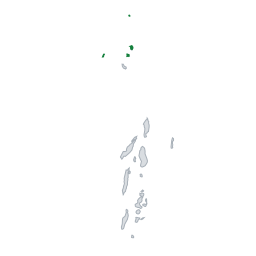 location of Temotu Vatu, Temotu, Solomon Islands, rotated 247°
{"feature_id": "97153195B86794958448560", "entity_name": "Temotu Vatu", "entity_type": "district", "adm_level": 2, "iso_a3": "SLB", "parent_name": "Solomon Islands", "parent_adm1": "Temotu", "projection": "mercator", "projection_center": [166.908, -11.034], "detail": "fine", "context": "in_parent", "style": "filled", "palette": "green", "viewbox_px": 256, "rotation_deg": 247, "n_neighbors": 0, "source": "geoboundaries", "source_scale": "gbopen_adm2", "svg_char_len": 5492}
<svg xmlns="http://www.w3.org/2000/svg" viewBox="0 0 256 256"><g transform="rotate(247 128 128)"><path d="M88.7,124.9L92.1,127.4L93.6,127.2L98.1,127.2L100.8,129.0L102.4,129.9L103.2,131.5L104.3,131.9L105.0,132.7L105.4,134.2L103.7,135.1L102.7,135.3L100.1,134.7L97.6,133.6L92.6,133.4L90.3,133.1L89.5,132.7L88.7,132.1L87.6,130.6L86.6,129.0L86.5,128.0L86.4,126.2L86.7,125.5L87.6,124.8L88.7,124.9ZM104.3,109.7L108.2,114.4L108.0,115.2L107.5,115.8L107.4,117.4L107.8,118.0L108.9,118.2L110.7,119.9L111.5,122.6L112.2,123.6L112.3,125.6L114.0,128.3L114.1,129.6L114.0,130.2L113.3,129.9L111.2,126.8L108.9,125.4L108.6,124.8L106.2,123.0L104.7,120.0L102.9,114.5L103.7,113.2L101.8,110.6L101.9,109.9L103.3,110.0L103.6,109.7L104.3,109.7ZM90.2,112.0L90.7,113.5L88.6,112.2L87.0,110.6L82.4,108.8L81.5,107.9L80.6,107.8L78.3,106.3L76.0,105.3L74.3,103.5L73.4,103.2L72.0,101.8L70.6,100.9L70.1,99.2L68.7,98.0L68.4,97.5L72.7,98.4L74.7,100.3L76.5,101.4L77.1,102.1L78.6,103.2L80.0,103.3L81.4,104.3L82.7,104.6L83.7,105.2L90.1,109.9L89.3,111.1L90.2,112.0ZM119.4,142.6L121.4,143.5L122.6,143.4L124.3,144.0L125.5,143.6L126.3,144.5L128.4,147.7L128.4,148.8L129.7,149.5L128.6,149.7L127.0,149.3L125.8,149.6L124.6,148.9L122.4,148.6L120.6,147.8L116.7,145.4L116.7,144.2L116.0,143.7L115.9,142.2L114.5,141.7L112.8,141.6L112.7,140.9L113.0,139.7L114.2,139.7L115.7,140.2L119.4,142.6ZM53.2,94.1L53.7,94.7L52.5,95.6L50.9,95.1L50.5,94.3L49.4,94.5L47.2,94.0L44.1,91.7L40.8,87.5L37.7,85.1L37.1,84.4L37.0,83.2L37.4,82.7L39.4,83.2L41.9,85.2L46.0,87.2L47.2,88.2L47.9,90.7L48.6,91.4L50.8,93.3L53.2,94.1ZM57.5,108.5L58.5,109.8L59.6,112.7L59.4,113.7L58.6,113.8L58.4,114.4L57.3,113.0L55.8,112.6L54.8,111.7L54.3,109.0L53.5,108.8L51.1,109.1L50.3,110.0L49.2,109.7L49.0,108.9L49.1,108.0L50.6,107.2L50.9,106.2L52.4,104.5L53.3,104.2L54.9,104.8L55.2,107.3L55.8,108.1L57.5,108.5ZM101.6,165.1L100.5,165.7L99.5,165.4L98.7,165.0L98.1,163.7L96.8,163.0L94.9,162.6L93.9,161.8L92.6,161.6L92.2,160.9L92.3,160.3L92.6,159.9L93.8,160.2L99.6,163.5L101.6,165.1ZM40.7,103.5L40.4,103.7L39.9,102.8L39.5,102.6L39.5,101.6L37.9,100.1L37.8,99.0L38.7,98.0L39.9,98.6L41.1,99.9L42.6,100.3L42.3,101.2L41.0,102.8L40.7,103.5ZM48.6,106.0L47.9,106.6L46.2,106.6L44.9,104.9L44.9,103.7L45.9,102.6L47.2,102.4L47.9,102.8L48.5,103.8L48.7,104.9L48.6,106.0ZM62.9,115.5L61.4,116.8L60.3,116.4L59.3,115.3L59.8,113.7L60.7,113.3L61.2,112.7L62.9,113.2L63.3,113.5L62.3,114.3L62.9,114.9L62.9,115.5ZM188.6,148.5L186.1,148.8L185.0,150.0L183.7,149.9L183.3,148.9L183.3,148.5L184.0,148.5L184.4,147.6L185.1,147.2L186.9,146.9L189.1,147.5L188.6,148.3L188.6,148.5ZM116.8,130.5L116.9,132.8L115.7,131.5L115.2,132.0L114.6,131.4L114.8,128.7L113.9,126.1L114.6,126.4L116.8,130.5ZM51.7,116.0L50.8,115.8L48.9,113.6L49.2,112.9L51.0,111.5L51.5,111.4L52.0,112.2L51.6,113.5L51.0,113.8L50.8,115.0L51.7,116.0ZM95.2,120.5L96.5,120.7L98.9,122.8L98.4,123.4L97.3,123.1L96.9,123.2L96.5,122.5L95.3,121.9L94.2,121.8L94.1,121.1L95.2,120.5ZM79.9,122.5L78.0,122.3L77.5,121.7L78.1,120.9L78.9,120.4L79.7,120.9L80.5,121.0L80.6,122.0L79.9,122.5ZM27.4,90.4L25.8,90.8L24.8,90.3L25.3,89.1L25.8,88.5L27.8,89.6L27.4,90.4ZM87.7,112.7L86.9,113.0L85.8,112.4L85.3,111.8L85.6,111.0L86.2,110.7L86.9,111.3L87.0,111.8L87.7,112.7ZM201.1,163.0L199.7,163.2L199.2,163.2L198.3,161.8L198.9,161.5L200.0,161.6L200.3,162.4L201.1,163.0ZM55.7,116.7L55.6,117.3L54.7,117.1L52.7,116.3L52.7,115.9L53.8,115.7L54.6,115.8L55.7,116.7ZM39.5,106.2L39.2,107.8L38.4,105.9L38.5,104.2L38.8,104.0L39.5,106.2ZM65.2,117.3L64.0,117.8L63.7,117.1L64.5,115.4L65.2,117.3Z" fill="#d9dde1" stroke="#a8b0b8" stroke-width="1"/><path d="M202.1,163.5L202.0,163.4L201.9,163.3L201.9,163.2L201.7,163.1L201.4,163.0L201.4,162.9L201.3,163.0L201.2,162.9L201.2,163.0L200.9,163.0L201.0,162.9L201.0,162.7L201.1,162.4L201.3,162.3L201.3,162.2L201.2,162.2L200.9,162.1L200.7,162.0L200.7,161.9L200.4,161.8L200.2,161.8L199.8,161.9L199.6,161.8L199.4,161.8L199.3,162.0L199.2,162.0L199.0,162.3L199.1,162.5L199.2,162.4L199.2,162.5L199.3,162.6L199.3,162.8L199.4,163.0L199.5,163.1L199.4,163.1L199.5,163.2L199.5,163.3L199.8,163.5L200.0,163.6L200.3,163.6L200.4,163.4L200.5,163.4L200.5,163.5L200.3,163.8L200.5,163.9L200.8,163.8L201.0,163.7L201.3,163.7L201.5,163.5L201.8,163.7L202.0,163.6L202.1,163.5ZM195.6,156.4L195.4,156.3L195.2,156.4L195.3,156.3L195.5,156.1L195.4,156.1L195.2,156.1L195.3,155.9L195.2,155.9L195.0,155.7L194.9,155.9L194.7,155.7L194.7,155.8L194.5,155.7L194.5,155.8L194.3,155.8L194.3,156.0L194.2,156.1L194.0,156.3L194.2,156.5L194.1,156.8L194.2,156.7L194.3,156.7L194.5,156.6L194.7,156.4L194.8,156.4L194.7,156.5L194.8,156.6L194.7,156.7L194.5,156.8L194.4,156.9L194.5,156.9L194.4,156.9L194.4,157.0L194.5,157.3L194.5,157.2L194.6,157.3L194.7,157.2L194.8,157.2L194.8,157.3L195.0,157.3L195.0,157.2L195.3,157.1L195.4,156.9L195.5,156.8L195.4,156.8L195.2,156.8L195.0,156.7L195.3,156.7L195.5,156.6L195.6,156.4ZM202.2,162.4L202.2,162.2L202.1,162.3L202.0,162.2L201.9,162.1L201.7,162.2L201.6,162.3L201.5,162.5L201.4,162.5L201.4,162.8L201.5,162.9L201.8,162.8L201.9,162.7L202.0,162.7L202.2,162.4ZM205.2,134.7L205.2,134.4L205.0,134.2L204.7,134.1L204.8,134.3L204.8,134.5L205.0,134.7L205.1,134.8L205.2,134.7L205.2,134.7ZM231.2,173.1L231.1,172.9L230.9,172.9L230.8,173.1L230.6,173.1L230.6,173.3L230.9,173.2L231.0,173.2L231.2,173.1ZM203.9,133.3L203.9,133.2L203.7,133.2L203.6,133.3L203.8,133.4L203.9,133.3ZM203.5,132.8L203.4,132.8L203.4,132.7L203.4,132.8L203.4,132.7L203.2,132.7L203.3,132.7L203.4,132.8L203.5,132.8ZM203.7,133.0L203.6,132.9L203.6,133.0L203.7,133.0Z" fill="#22c55e" stroke="#15803d" stroke-width="1.5"/></g></svg>